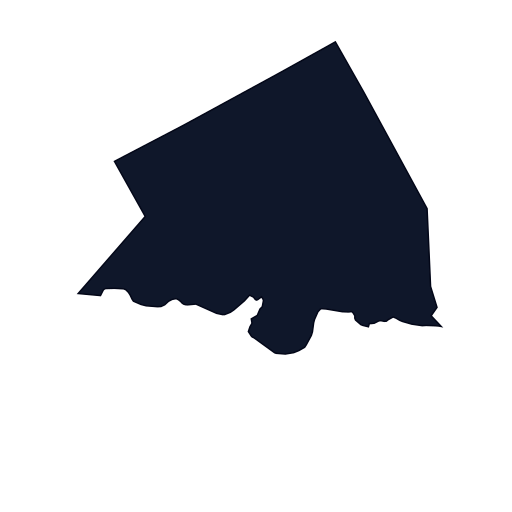 the district of Randolph, Illinois, United States of America, rotated 331°
{"feature_id": "52423323B77874601092989", "entity_name": "Randolph", "entity_type": "district", "adm_level": 2, "iso_a3": "USA", "parent_name": "United States of America", "parent_adm1": "Illinois", "projection": "albers", "projection_center": [-89.91, 38.013], "detail": "fine", "context": "isolated", "style": "filled", "palette": "ink", "viewbox_px": 512, "rotation_deg": 331, "n_neighbors": 0, "source": "geoboundaries", "source_scale": "gbopen_adm2", "svg_char_len": 1454}
<svg xmlns="http://www.w3.org/2000/svg" viewBox="0 0 512 512"><g transform="rotate(331 256 256)"><path d="M429.2,107.2L366.7,107.3L255.8,106.5L178.1,104.6L178.3,167.7L82.3,202.6L100.8,215.2L105.8,211.8L106.9,211.4L108.6,211.5L116.5,215.6L124.3,220.5L125.8,222.4L126.8,225.9L127.0,229.0L126.7,233.7L126.9,236.1L131.9,242.6L135.8,246.3L145.3,252.6L148.4,254.1L152.5,254.4L157.5,253.2L161.6,253.3L164.8,254.3L166.0,255.1L167.1,256.9L168.1,259.4L168.5,261.2L169.3,262.9L170.6,264.3L172.4,265.5L180.1,268.9L193.7,287.0L198.4,291.1L200.1,292.0L206.3,292.8L210.5,292.4L224.1,289.6L231.4,287.1L233.9,290.8L234.3,293.6L234.9,294.7L236.1,295.0L241.1,294.4L241.2,297.4L240.9,298.6L236.9,303.4L233.8,304.3L228.3,308.6L221.4,308.7L219.9,312.9L216.4,315.0L212.7,318.4L213.1,323.8L213.4,324.9L214.6,326.6L225.4,349.7L226.5,350.9L233.6,355.6L234.0,355.9L242.1,358.8L247.7,359.5L254.3,359.4L256.8,358.1L265.9,352.3L268.6,349.7L274.1,342.3L276.4,339.9L283.1,334.8L286.7,333.6L287.9,333.9L291.6,336.3L304.4,346.5L310.0,349.9L312.6,350.9L313.3,352.3L313.5,356.2L312.3,358.2L312.0,360.2L314.4,366.8L315.8,368.5L320.0,372.4L322.4,370.0L323.7,370.8L326.8,372.1L332.0,372.3L333.9,373.1L336.5,375.3L338.4,376.2L340.7,375.8L346.4,375.8L348.4,378.3L350.5,381.9L352.4,384.3L359.2,391.1L367.6,397.5L371.2,399.2L379.0,403.9L382.0,405.9L383.8,407.4L380.2,393.2L389.4,388.7L393.9,367.3L428.6,297.5L429.7,164.8L429.2,107.2Z" fill="#0f172a" stroke="#020617" stroke-width="1.5"/></g></svg>